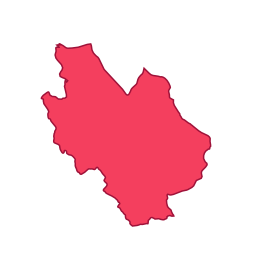 the border of Bago, rotated 167°
{"feature_id": "MMR-3268", "entity_name": "Bago", "entity_type": "Division", "adm_level": 1, "iso_a3": "MMR", "parent_name": "Myanmar", "parent_adm1": "", "projection": "orthographic", "projection_center": [96.396, 18.188], "detail": "fine", "context": "isolated", "style": "filled", "palette": "rose", "viewbox_px": 256, "rotation_deg": 167, "n_neighbors": 0, "source": "natural_earth", "source_scale": "10m", "svg_char_len": 5687}
<svg xmlns="http://www.w3.org/2000/svg" viewBox="0 0 256 256"><g transform="rotate(167 128 128)"><path d="M180.5,183.0L179.7,184.2L179.1,187.0L178.5,188.2L178.3,187.7L177.7,187.1L177.5,186.6L177.1,186.8L176.7,187.1L176.3,187.4L176.1,187.7L176.6,188.2L178.2,190.3L180.6,191.9L182.5,193.5L182.5,196.0L181.0,197.8L179.3,199.3L178.1,201.4L178.6,204.7L181.4,209.8L182.5,212.4L182.6,215.5L182.1,216.6L180.8,219.0L180.3,222.3L179.5,222.8L177.1,222.2L177.3,223.0L177.7,223.6L178.1,224.2L178.6,224.8L177.7,224.8L176.1,224.4L175.2,224.3L175.2,224.9L176.2,225.4L176.6,225.7L175.5,225.3L172.9,223.0L170.5,220.3L170.0,219.9L169.3,219.5L168.4,219.2L164.5,218.5L158.3,217.9L149.0,218.6L145.4,218.3L145.2,216.4L145.5,213.0L145.5,212.0L144.9,209.1L144.0,207.3L142.7,205.2L141.6,203.9L141.1,203.0L140.7,201.9L138.2,190.8L137.6,189.5L124.6,166.9L122.4,161.5L121.9,160.8L121.4,160.4L120.8,160.2L120.0,160.4L119.1,161.1L117.2,163.4L116.3,164.8L115.4,165.6L114.2,166.4L110.1,168.7L109.2,169.7L107.4,173.1L106.2,174.6L103.8,176.5L102.2,177.3L100.8,178.7L98.9,182.6L95.1,176.6L93.6,174.7L91.9,173.6L87.1,171.7L85.9,171.1L84.8,170.5L83.6,170.3L82.4,169.6L81.4,168.7L80.7,167.9L79.3,165.6L78.2,162.6L77.6,159.3L77.7,157.8L78.6,156.9L79.9,155.4L80.2,154.3L80.2,151.2L80.5,149.3L80.6,149.0L80.6,148.4L80.4,147.9L79.1,146.6L77.4,145.2L78.1,142.3L77.8,139.5L75.1,131.7L74.7,131.0L74.4,130.3L74.5,128.7L74.2,128.0L73.9,127.3L73.4,125.4L73.0,124.6L72.6,124.2L71.5,123.4L71.1,123.0L68.0,119.3L66.2,117.8L65.9,117.1L65.2,116.4L64.3,115.2L59.8,109.4L58.6,108.2L57.4,106.9L56.7,106.4L51.8,102.5L50.7,100.9L50.3,99.5L50.6,98.2L51.1,96.5L51.3,93.2L51.6,91.6L52.7,90.7L53.0,89.6L53.2,89.3L53.5,89.2L54.3,89.4L54.6,89.3L56.8,88.3L57.6,87.9L59.2,86.3L60.5,84.1L61.2,81.2L60.5,78.0L59.8,76.7L59.2,76.0L59.1,75.0L59.2,74.6L59.5,74.0L61.3,72.4L64.9,70.1L65.9,69.3L66.4,68.3L66.6,67.7L66.7,67.1L66.8,64.0L68.0,62.5L73.2,61.5L77.0,56.9L79.2,55.7L83.5,54.5L85.0,54.3L89.2,54.4L98.6,53.1L100.7,53.1L101.7,53.2L102.3,53.4L104.2,54.5L104.6,54.3L104.8,54.1L104.9,53.9L105.0,53.7L105.1,53.4L105.1,51.6L105.1,51.1L105.2,50.7L105.3,50.5L105.6,50.1L106.6,49.3L106.7,49.1L106.8,48.7L107.2,46.0L107.2,43.9L107.1,42.7L106.9,42.0L106.5,41.1L104.8,38.8L104.6,38.4L104.5,37.7L104.4,36.4L103.9,34.2L103.2,32.7L103.2,31.9L105.2,32.3L105.9,32.7L106.1,32.8L106.5,33.1L107.0,33.3L107.4,33.4L109.1,33.2L109.8,32.9L110.1,32.5L110.1,31.9L110.2,31.7L110.4,31.5L110.6,31.3L110.8,31.2L111.2,31.0L112.7,30.8L113.1,30.6L113.5,30.6L114.0,30.6L114.8,30.8L115.5,31.1L116.7,31.6L116.9,31.8L117.6,32.2L118.2,32.6L119.0,32.8L122.0,33.2L122.4,33.4L122.5,33.5L123.0,34.1L123.4,34.4L123.8,34.7L124.0,34.8L124.3,35.1L124.5,35.3L125.3,35.5L125.7,35.5L126.1,35.4L126.8,34.9L127.5,34.2L128.9,33.5L129.1,33.2L129.2,32.9L129.4,32.0L129.6,31.5L129.7,31.3L129.9,30.7L130.0,30.5L130.1,30.3L130.4,30.3L130.9,30.6L131.5,30.7L135.6,30.8L136.7,31.1L137.2,31.3L137.6,31.3L138.1,31.3L139.1,31.1L141.0,31.0L145.7,31.5L146.8,32.9L147.1,33.3L147.4,33.9L147.6,34.4L147.4,35.1L147.3,35.6L147.3,36.2L147.4,36.8L148.0,37.7L148.4,38.3L148.9,38.7L149.7,39.3L150.1,39.6L150.3,40.2L150.5,40.9L150.4,42.3L150.1,43.6L150.2,44.0L150.7,44.5L151.1,45.1L151.5,45.8L151.9,47.0L152.3,47.6L152.6,48.1L152.9,48.3L153.1,48.8L153.4,49.7L153.8,51.4L154.2,52.1L154.6,52.5L155.0,52.7L155.4,52.9L155.6,53.3L155.6,53.8L154.3,55.2L153.3,55.8L153.1,56.2L153.0,56.3L153.3,57.5L153.9,57.7L154.1,58.1L154.3,58.8L154.3,59.3L154.6,60.1L155.1,60.8L156.5,62.9L159.3,65.6L161.5,67.3L163.7,69.2L164.0,69.6L164.3,70.0L164.7,71.0L164.9,71.4L165.7,72.0L165.9,72.4L166.0,72.7L165.6,73.7L162.9,75.5L162.0,76.2L161.4,76.9L161.1,77.6L161.2,78.7L162.0,79.9L162.9,81.3L163.1,82.4L161.2,84.6L161.2,85.8L163.1,89.3L164.0,91.9L164.5,93.0L165.7,94.4L165.9,94.8L166.2,95.9L166.5,96.3L166.9,96.6L167.4,96.6L168.2,96.1L168.7,95.7L169.2,95.3L169.6,95.2L170.1,95.1L170.7,95.4L171.7,96.0L172.2,96.2L173.0,96.4L174.1,96.6L175.3,97.0L175.8,96.9L176.6,96.6L180.2,94.6L183.6,93.5L184.3,93.5L184.6,93.7L185.0,94.0L185.2,94.5L185.4,95.1L185.5,95.5L186.4,96.1L186.8,96.5L187.1,97.1L187.3,97.8L187.4,98.6L187.4,99.2L187.4,99.7L187.8,101.5L187.9,103.0L187.3,105.5L187.3,106.0L187.3,106.4L187.3,107.1L187.1,107.6L187.0,108.1L186.5,109.0L186.6,109.8L187.0,110.8L188.0,112.6L188.6,113.4L189.1,114.0L189.9,114.5L191.1,115.0L191.6,115.2L191.9,115.5L193.0,116.6L193.3,117.0L193.3,117.6L193.2,118.7L193.2,119.1L193.5,119.6L193.8,120.0L194.5,120.3L195.0,120.3L195.3,120.0L195.5,119.3L195.7,118.8L196.0,118.5L196.4,118.2L196.9,118.1L197.4,118.4L197.9,119.2L198.5,121.1L198.8,122.4L198.8,124.4L198.7,125.3L198.7,126.5L199.8,127.8L202.6,129.8L203.0,130.2L203.3,130.5L203.4,131.1L203.4,131.8L203.1,132.8L202.5,133.9L202.4,134.4L202.3,134.7L202.2,136.5L202.0,137.1L201.2,139.1L200.9,139.5L200.6,139.8L200.4,140.2L200.1,141.1L199.9,141.5L199.6,141.8L199.0,142.4L198.7,142.8L198.4,143.2L198.1,144.1L198.1,144.6L198.2,145.4L201.4,151.9L201.5,152.4L201.6,153.0L201.6,153.7L201.9,154.3L202.3,154.6L202.8,154.8L203.1,155.0L203.3,155.7L203.4,156.6L203.2,158.2L202.9,159.7L202.7,160.1L201.8,161.3L201.6,161.8L201.7,162.9L202.1,164.5L204.5,170.6L204.4,173.5L204.3,173.9L204.1,174.3L204.1,175.2L205.7,176.2L205.4,177.1L204.4,178.0L203.2,178.9L199.1,180.7L197.7,181.1L197.2,180.8L196.9,179.8L196.9,179.7L196.8,179.4L196.8,179.2L196.8,178.4L196.5,177.5L196.0,177.0L195.0,176.0L194.5,175.7L194.0,175.5L193.3,175.4L192.0,174.9L191.6,174.7L191.3,174.4L189.7,172.3L189.3,171.9L189.0,171.7L188.8,171.7L188.0,171.6L187.0,171.2L186.4,171.0L186.0,171.0L185.7,171.1L185.6,171.3L185.4,171.4L185.1,171.5L184.8,171.6L183.9,171.5L183.1,171.3L182.8,171.3L182.3,171.5L181.7,171.8L181.0,172.0L180.5,174.5L180.5,183.0L180.5,183.0Z" fill="#f43f5e" stroke="#9f1239" stroke-width="1.5"/></g></svg>